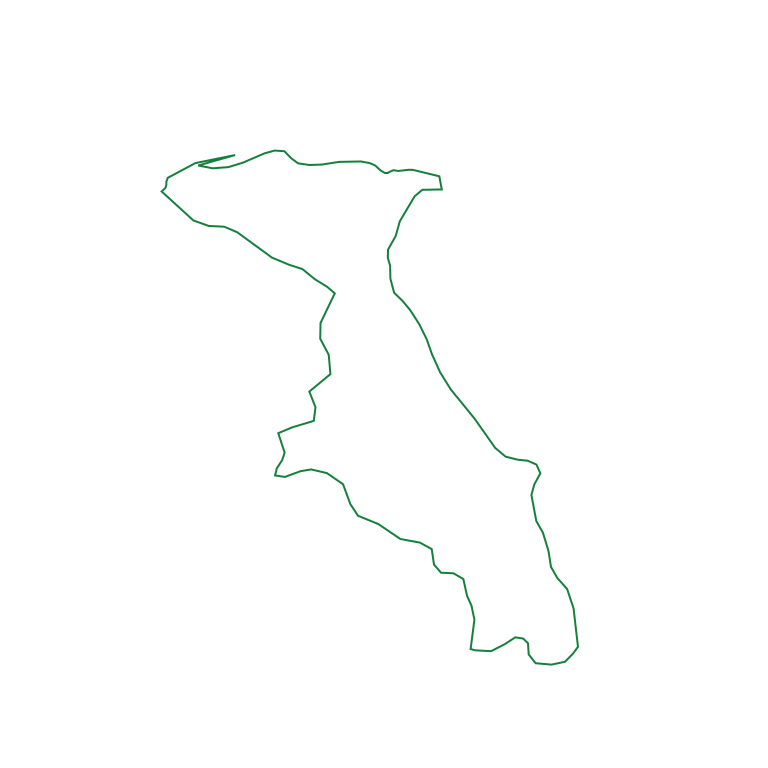 the border of Kaohsiung City, rotated 112°
{"feature_id": "TWN-1156", "entity_name": "Kaohsiung City", "entity_type": "Special Municipality", "adm_level": 1, "iso_a3": "TWN", "parent_name": "Taiwan", "parent_adm1": "", "projection": "robinson", "projection_center": [120.587, 22.979], "detail": "fine", "context": "isolated", "style": "outline", "palette": "green", "viewbox_px": 768, "rotation_deg": 112, "n_neighbors": 0, "source": "natural_earth", "source_scale": "10m", "svg_char_len": 1642}
<svg xmlns="http://www.w3.org/2000/svg" viewBox="0 0 768 768"><g transform="rotate(112 384 384)"><path d="M288.8,662.3L284.1,660.1L281.2,660.3L277.8,661.6L273.8,661.7L249.8,641.6L227.5,607.8L251.0,638.1L248.2,623.7L244.3,615.8L241.2,609.5L231.5,597.6L214.8,581.1L208.5,572.8L205.5,563.5L209.5,554.4L211.6,546.3L208.8,535.0L203.8,523.8L194.8,508.7L186.3,488.7L184.5,479.8L184.7,474.0L187.4,466.9L188.0,462.2L187.0,459.7L184.7,457.8L182.2,455.3L181.2,450.7L176.0,441.1L174.6,437.3L170.7,410.5L182.0,403.3L182.3,404.1L189.6,421.2L198.4,425.9L227.2,430.3L242.4,428.6L257.9,430.6L265.6,427.7L272.1,422.6L284.0,417.5L295.6,408.8L300.0,398.0L305.5,387.7L315.2,373.9L326.5,361.2L338.4,350.7L352.1,336.4L364.0,320.1L382.4,286.7L401.6,257.0L405.8,244.1L404.0,231.1L401.3,222.1L401.6,212.5L408.2,205.6L420.8,207.0L431.6,205.8L454.1,191.4L462.3,181.0L477.0,169.1L491.1,160.6L498.9,150.7L505.5,137.4L521.0,124.2L555.0,105.7L563.0,107.7L573.7,112.1L581.4,123.5L582.6,127.4L586.1,138.8L580.6,148.5L570.4,153.4L567.9,159.7L569.7,167.4L579.9,174.5L591.6,184.6L596.7,199.5L597.3,204.4L568.6,211.9L556.7,219.9L549.4,227.6L535.1,237.4L533.5,248.7L537.6,260.4L532.7,270.0L519.2,277.9L517.6,291.3L521.6,310.8L516.0,336.7L515.9,358.7L508.0,370.2L492.3,384.4L488.0,403.5L490.5,419.5L496.0,428.6L507.3,441.1L509.6,450.8L502.5,451.7L502.4,451.8L492.8,449.9L484.9,450.4L469.2,463.6L458.4,452.7L444.5,435.3L431.2,438.8L419.0,450.4L394.9,437.4L377.6,446.2L365.9,460.1L351.2,465.7L318.4,463.6L315.2,473.1L312.8,487.2L308.0,502.8L309.0,516.6L308.8,535.2L298.3,576.9L298.0,591.0L303.1,605.7L303.8,621.9L288.8,662.3Z" fill="none" stroke="#15803d" stroke-width="2"/></g></svg>